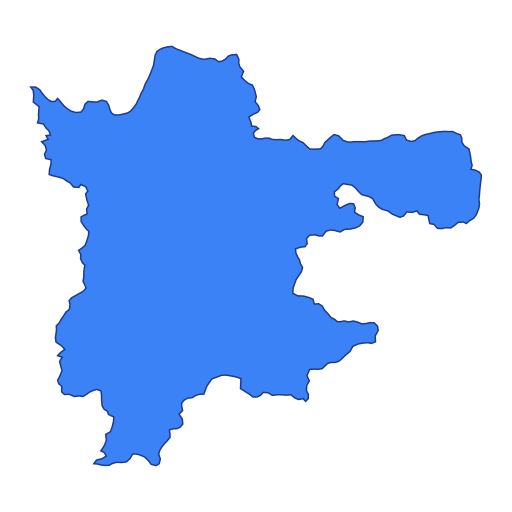 outline of Raul Soares, Minas Gerais, Brazil
{"feature_id": "56859067B17735283433426", "entity_name": "Raul Soares", "entity_type": "district", "adm_level": 2, "iso_a3": "BRA", "parent_name": "Brazil", "parent_adm1": "Minas Gerais", "projection": "albers", "projection_center": [-42.376, -20.024], "detail": "fine", "context": "isolated", "style": "filled", "palette": "blue", "viewbox_px": 512, "rotation_deg": 0, "n_neighbors": 0, "source": "geoboundaries", "source_scale": "gbopen_adm2", "svg_char_len": 5661}
<svg xmlns="http://www.w3.org/2000/svg" viewBox="0 0 512 512"><path d="M305.6,401.4L308.3,398.6L308.3,394.2L306.5,390.7L306.7,385.5L309.3,380.9L306.9,375.6L309.7,369.4L314.2,369.1L317.8,369.3L322.1,368.7L324.7,366.2L327.7,363.4L330.9,362.5L335.3,362.4L339.0,361.2L341.9,358.7L346.0,354.7L350.0,351.5L352.8,346.4L357.7,344.1L363.4,343.0L368.0,342.7L371.4,343.4L375.5,341.8L375.2,336.0L378.2,330.4L377.5,326.2L374.1,322.8L370.0,322.6L366.4,323.5L362.0,323.9L357.3,322.0L353.3,321.0L348.6,322.0L344.1,320.9L340.8,321.7L337.4,321.7L334.6,319.3L331.1,317.6L328.1,313.9L324.3,309.9L322.3,306.1L318.7,303.8L314.3,304.0L313.0,299.2L308.8,297.5L303.8,296.1L297.5,295.8L292.7,293.1L293.2,287.9L294.8,283.3L296.1,279.6L298.4,276.2L301.5,271.6L302.5,267.4L300.5,263.8L299.5,260.0L297.7,257.0L295.9,253.0L295.5,248.8L300.8,247.1L305.0,246.7L307.2,243.6L306.5,238.5L309.7,235.2L314.8,234.8L318.4,235.8L322.4,236.0L326.1,231.2L330.5,229.9L334.9,230.5L340.0,232.0L344.9,229.2L350.3,229.1L355.7,227.8L359.6,225.9L362.8,222.2L363.2,216.7L358.7,214.9L354.5,212.1L355.2,207.8L353.6,203.8L349.5,203.5L344.7,205.6L339.8,208.3L337.1,204.5L338.4,198.6L334.6,196.2L334.3,191.9L338.4,188.7L340.5,185.8L343.3,183.7L348.1,184.5L352.0,185.1L355.3,187.8L358.8,191.8L361.6,194.5L364.8,195.5L368.6,196.4L372.7,198.7L375.7,204.0L378.5,207.0L381.9,209.2L387.8,210.9L392.4,214.2L396.3,215.8L400.0,217.3L403.5,216.0L406.9,211.9L412.2,212.4L416.9,210.9L419.4,214.2L423.5,214.7L428.0,215.4L428.9,219.8L429.8,223.6L434.1,224.4L437.5,228.4L442.0,228.6L445.1,227.7L450.9,227.9L454.4,225.5L458.2,222.3L463.3,222.0L466.4,223.5L469.4,220.8L473.7,218.2L476.4,214.5L477.7,211.2L478.9,208.0L479.5,203.8L478.9,199.5L479.4,195.1L479.8,189.8L480.4,184.3L481.1,178.9L481.3,174.9L479.1,172.0L475.2,170.1L470.9,169.3L472.1,165.5L471.1,161.2L470.5,156.1L469.0,149.0L464.2,145.8L461.8,142.1L461.8,138.1L460.4,134.8L456.2,133.3L452.6,131.5L448.6,131.6L444.3,131.4L440.4,131.7L436.9,132.0L433.4,132.6L428.9,133.8L424.9,134.6L421.1,136.1L417.8,138.3L414.9,140.7L411.3,141.5L406.5,140.1L404.3,135.6L398.5,134.6L391.8,135.1L387.3,137.6L384.1,138.8L381.1,140.5L377.0,140.9L369.7,141.1L364.7,141.8L358.9,141.7L354.0,141.7L350.5,142.2L347.1,141.8L343.3,140.5L338.6,135.8L333.9,134.6L330.5,137.4L327.7,139.9L324.9,142.5L323.1,146.0L320.4,148.9L314.8,149.2L309.8,149.0L306.8,146.4L303.0,142.6L298.8,140.7L296.2,138.6L293.0,135.5L289.8,139.5L285.4,140.2L280.6,139.5L276.7,139.7L272.5,139.5L269.1,138.2L265.3,138.1L261.5,138.9L257.5,138.7L254.4,137.2L253.3,133.3L255.5,130.5L258.6,128.7L255.8,126.5L251.6,126.1L250.9,122.2L248.8,117.1L253.8,113.9L257.6,112.3L259.8,109.6L258.2,105.4L255.1,101.8L256.3,96.6L255.3,92.8L254.4,89.3L252.4,85.1L248.3,83.4L245.0,80.7L241.3,77.0L243.6,71.3L239.9,66.9L238.7,63.1L238.9,59.4L236.6,54.5L231.5,54.9L228.3,56.1L225.5,59.1L222.0,61.1L218.5,61.7L214.9,59.0L209.8,58.3L203.9,59.4L199.1,58.3L195.6,56.8L192.3,55.1L188.8,53.7L183.8,51.8L180.1,50.3L176.4,49.0L171.9,46.4L168.1,46.8L163.6,47.8L160.1,49.3L157.0,51.4L155.2,55.1L154.4,60.1L153.5,65.4L151.9,69.8L150.0,74.6L147.7,79.6L145.1,84.2L143.3,89.5L141.1,93.4L139.2,97.9L136.2,104.0L133.2,108.1L130.7,111.0L127.8,112.9L124.2,113.8L119.0,115.0L114.3,114.9L111.4,112.9L109.8,109.4L108.7,105.3L106.4,101.5L102.0,100.1L96.7,102.1L91.8,101.8L88.0,101.4L85.0,104.1L83.6,108.7L81.0,112.1L75.8,112.5L71.3,111.2L67.7,109.1L63.8,105.7L60.7,102.0L57.6,98.4L55.3,101.4L51.4,101.5L48.1,99.7L45.2,96.9L42.1,93.2L39.8,89.8L35.8,87.1L30.7,87.1L33.1,90.2L33.8,95.2L33.3,102.0L39.1,106.7L38.5,113.9L38.7,118.9L37.5,122.9L43.5,124.0L45.9,127.9L48.9,130.8L50.5,135.1L46.1,135.6L48.1,139.4L44.9,140.5L41.6,141.7L45.2,145.5L46.5,150.1L44.5,154.2L45.7,158.5L51.1,159.7L51.0,163.9L49.5,169.6L49.2,174.5L53.0,175.8L58.0,176.9L63.1,178.4L66.8,181.1L70.3,183.0L73.5,187.0L78.9,187.4L80.7,184.5L85.6,186.6L87.8,191.1L85.6,193.9L86.9,200.0L88.6,205.2L86.5,209.2L87.2,214.0L84.0,215.2L81.1,216.9L81.1,221.3L83.2,224.8L86.1,228.7L88.8,231.4L88.4,235.8L86.9,240.6L85.1,245.4L81.5,248.4L78.6,250.4L80.8,254.4L80.6,258.8L82.4,262.8L84.9,265.1L84.2,269.0L83.8,272.5L83.8,276.5L83.1,281.6L84.7,284.7L86.0,288.0L83.8,290.8L80.6,292.8L76.6,295.0L71.7,297.7L69.1,300.6L70.0,304.4L69.4,309.4L65.9,312.1L63.7,315.7L60.9,319.8L59.1,323.1L56.3,325.8L56.5,329.5L56.1,333.0L55.4,337.7L56.1,342.2L61.6,345.8L64.8,349.4L60.5,352.5L57.6,355.7L62.2,357.2L59.6,361.5L60.6,365.3L62.0,370.7L59.8,376.2L57.6,380.2L58.7,383.7L61.8,386.4L61.6,391.8L64.3,394.4L69.5,394.4L74.3,396.5L79.0,395.9L83.0,396.5L86.4,394.4L89.5,392.1L92.7,390.7L96.5,389.4L101.0,390.8L101.5,395.2L101.6,400.1L102.1,405.6L104.2,409.3L107.3,411.2L108.5,414.5L113.8,416.9L113.6,420.8L112.4,426.1L110.6,431.6L105.7,434.4L106.4,440.1L104.6,445.1L102.8,448.1L100.8,450.9L104.1,452.4L106.4,456.0L102.1,458.7L96.6,460.0L93.8,463.7L97.3,464.0L101.1,465.0L104.8,465.4L108.9,465.4L112.3,463.5L116.5,462.3L121.9,462.5L126.4,461.9L130.0,458.6L132.5,454.2L135.9,453.9L140.4,455.1L144.7,457.0L147.8,460.0L151.3,464.4L156.2,465.6L159.2,463.7L160.3,459.0L158.7,454.1L159.8,450.2L162.2,446.4L164.8,443.3L167.4,440.6L170.0,437.4L169.9,433.4L169.3,430.0L173.0,428.8L177.2,428.6L180.2,427.1L182.8,424.1L182.3,419.0L179.0,414.2L182.6,410.6L181.8,406.8L181.6,403.2L184.2,400.1L187.7,398.1L192.1,397.7L196.1,395.3L199.8,394.2L203.8,394.2L205.4,389.9L206.9,386.1L209.4,382.3L211.9,378.9L216.8,377.1L221.8,375.2L225.9,375.1L229.2,375.6L233.1,376.3L237.4,377.3L240.9,378.6L240.8,382.8L240.5,388.6L245.9,392.0L250.2,394.7L252.9,397.0L256.9,397.0L260.4,395.4L263.3,392.4L268.2,392.8L272.3,395.3L277.7,394.7L282.0,394.8L285.9,395.1L291.0,394.8L294.6,397.8L298.3,399.5L303.1,398.7L305.6,401.4Z" fill="#3b82f6" stroke="#1e3a8a" stroke-width="1.5"/></svg>